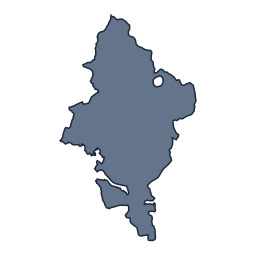 the district of Faradje, Orientale, Democratic Republic of the Congo
{"feature_id": "63176286B94121502354965", "entity_name": "Faradje", "entity_type": "district", "adm_level": 2, "iso_a3": "COD", "parent_name": "Democratic Republic of the Congo", "parent_adm1": "Orientale", "projection": "robinson", "projection_center": [29.876, 3.486], "detail": "fine", "context": "isolated", "style": "filled", "palette": "slate", "viewbox_px": 256, "rotation_deg": 0, "n_neighbors": 0, "source": "geoboundaries", "source_scale": "gbopen_adm2", "svg_char_len": 5768}
<svg xmlns="http://www.w3.org/2000/svg" viewBox="0 0 256 256"><path d="M191.6,114.4L194.3,110.7L194.2,108.9L194.7,107.3L194.8,106.4L194.1,104.7L195.9,101.1L195.0,93.1L193.2,85.3L190.0,82.7L187.0,83.6L184.0,85.4L181.9,84.9L181.1,84.0L179.4,79.9L177.8,79.9L176.5,80.5L173.8,76.9L170.8,74.7L169.0,73.9L167.2,72.2L164.1,71.8L163.5,70.4L161.3,69.2L160.6,69.3L159.9,69.7L157.1,72.4L155.6,72.9L154.3,72.8L154.2,71.5L154.8,68.6L153.7,67.3L153.0,61.8L151.1,60.0L151.2,56.8L151.8,52.2L150.6,50.4L149.1,50.5L146.1,49.8L143.9,49.1L142.2,47.8L138.3,46.4L136.2,44.1L135.3,39.7L133.8,37.6L132.8,36.9L129.7,36.2L128.6,34.7L128.3,31.7L129.6,29.0L129.7,25.3L127.5,23.5L126.3,21.9L122.6,19.3L120.7,19.0L117.0,19.8L115.3,18.4L114.8,17.5L113.3,16.6L112.4,16.8L111.7,16.3L111.1,15.4L110.5,19.3L110.3,20.2L109.1,22.1L108.0,24.9L106.9,26.3L106.0,28.6L103.7,31.1L102.9,31.3L102.6,31.7L101.2,31.7L100.0,32.3L98.6,33.4L97.9,34.5L97.2,37.2L97.6,38.1L97.9,40.5L97.0,43.1L96.0,43.8L96.0,44.1L96.5,45.4L96.5,45.8L96.1,46.2L95.3,48.4L95.7,50.8L95.8,54.4L95.5,55.5L94.8,56.4L94.6,58.9L94.4,59.7L94.0,60.1L93.6,60.1L93.2,59.9L92.8,60.1L91.7,61.5L89.9,62.8L89.5,62.8L89.1,62.3L88.2,62.7L87.3,62.6L85.6,63.7L83.0,64.6L83.1,65.7L83.6,66.6L88.9,68.5L91.2,69.7L92.5,71.4L93.0,75.4L90.4,81.4L90.7,82.0L91.5,82.4L91.7,83.3L92.0,83.6L92.8,83.5L93.3,84.0L92.9,85.6L93.0,86.0L93.6,86.3L94.0,87.3L95.0,88.4L95.1,89.3L96.1,89.3L97.6,89.6L97.8,89.9L97.8,90.8L98.0,91.2L98.4,91.4L98.7,92.1L96.6,93.1L91.5,96.9L89.6,101.2L88.6,103.1L83.9,104.3L82.7,102.9L82.4,101.9L78.5,103.5L73.8,105.9L70.0,107.2L69.2,107.2L69.1,108.4L69.4,109.5L69.9,110.2L71.8,111.2L72.1,111.6L72.4,112.5L73.0,112.6L73.7,113.3L73.9,115.2L73.3,116.2L73.4,117.0L73.1,117.7L73.3,118.2L72.5,119.3L71.7,121.4L70.8,124.6L70.6,126.3L69.2,128.0L68.3,128.3L66.6,127.6L65.7,127.7L65.1,128.4L63.3,133.5L62.6,137.1L62.0,138.5L60.1,140.8L60.7,141.4L61.4,141.5L62.1,141.3L62.6,141.5L63.2,142.2L65.5,144.0L66.1,143.9L67.1,143.1L67.9,143.1L68.4,142.5L68.8,142.3L71.3,143.3L72.4,144.5L74.0,144.8L78.7,144.7L79.1,145.0L79.1,145.8L79.6,146.1L80.8,146.1L81.7,145.6L81.9,145.2L81.7,144.4L81.9,144.0L82.2,144.1L82.5,145.1L82.9,145.1L83.2,144.6L83.7,144.7L84.4,145.5L84.8,146.7L85.1,147.2L85.2,148.8L85.0,149.1L84.7,150.1L84.9,150.6L85.6,150.8L87.0,153.6L87.5,154.0L88.5,154.1L89.3,153.3L89.9,153.3L90.5,154.2L90.9,154.1L91.3,154.4L91.4,154.9L91.2,155.6L91.5,155.8L92.4,155.0L93.1,155.1L93.1,154.6L93.3,154.0L93.8,153.9L94.1,154.2L94.5,155.1L94.8,155.4L95.3,155.4L95.5,155.0L94.9,154.2L94.9,153.8L95.4,153.4L95.2,153.0L94.3,152.9L93.4,152.1L94.6,150.6L95.6,150.5L95.8,150.2L95.7,149.7L95.9,149.3L97.2,149.5L97.3,149.1L96.9,148.4L97.1,148.1L97.9,148.1L99.5,149.6L100.3,151.1L100.1,152.2L99.6,152.4L99.3,153.0L99.5,153.5L100.4,154.1L100.5,154.7L101.3,154.9L101.7,155.6L102.2,155.8L102.7,156.4L102.5,157.2L104.0,157.1L104.2,157.3L104.2,157.9L103.7,159.0L104.0,159.8L103.2,161.1L102.9,162.4L101.3,163.9L100.3,162.7L98.8,161.5L97.2,160.7L96.6,162.2L96.9,163.4L97.5,164.3L97.1,165.1L96.6,165.5L96.3,166.1L95.7,166.6L95.2,168.2L94.6,168.8L97.2,171.8L99.2,170.2L101.6,170.1L103.8,171.2L105.5,174.5L108.5,177.4L109.7,179.1L111.1,180.5L112.9,182.3L115.3,183.5L116.7,183.9L119.3,184.6L126.5,186.0L126.8,186.6L127.4,188.5L128.6,192.0L128.7,193.2L128.4,193.9L128.1,194.2L126.9,194.7L126.4,193.0L126.0,192.4L125.3,192.3L124.9,191.8L124.4,191.8L123.7,190.6L122.9,190.9L121.8,190.7L120.7,189.4L120.5,188.5L120.3,188.2L119.0,188.1L118.3,187.5L117.8,187.4L117.3,187.8L117.1,187.7L116.2,186.8L115.6,186.9L114.7,186.6L113.5,186.1L112.8,186.2L111.4,185.6L109.8,184.0L107.0,180.4L105.6,180.2L105.0,179.7L104.4,179.7L104.0,180.4L103.4,180.4L103.0,180.1L102.4,180.0L102.0,179.7L101.7,179.6L101.5,179.8L100.0,179.8L98.1,179.2L97.0,179.2L97.1,179.9L96.8,180.3L96.7,180.8L95.9,180.6L95.8,181.3L96.1,181.8L96.6,182.3L96.7,183.2L97.5,183.5L98.8,185.2L99.2,185.4L99.5,186.1L100.4,186.9L100.8,188.0L100.9,189.6L101.6,191.0L101.2,192.1L101.4,194.1L102.0,196.8L102.7,198.1L102.6,198.7L102.3,199.2L102.9,200.6L103.3,201.0L104.4,203.0L105.3,205.7L106.6,207.8L107.1,208.0L108.7,208.1L109.2,208.7L111.7,207.2L112.9,207.2L119.9,205.2L127.7,205.4L128.5,206.2L128.7,207.3L128.7,210.6L127.4,212.8L126.0,214.2L125.4,215.7L126.5,217.5L130.1,218.2L130.3,221.9L130.9,222.7L131.7,223.7L137.0,227.7L138.2,233.7L139.0,235.4L141.0,236.0L147.9,234.9L148.2,236.2L148.0,236.8L148.0,238.2L148.4,240.2L152.3,240.6L154.9,239.6L155.5,238.1L155.0,230.0L153.6,226.1L152.4,225.0L151.7,221.5L152.4,217.7L151.5,215.9L149.7,215.0L148.4,213.4L148.7,212.1L149.7,211.5L151.9,211.2L154.6,211.7L155.5,210.6L155.0,208.1L155.2,204.1L154.2,203.0L153.9,203.0L153.6,203.3L153.4,204.8L150.3,203.9L149.1,203.9L147.8,204.3L146.2,203.8L145.3,203.8L144.6,204.4L144.3,203.4L144.5,202.2L144.9,201.4L146.3,200.4L148.1,200.3L150.4,200.8L152.8,200.6L154.7,198.3L151.3,195.3L150.9,193.2L149.9,190.1L149.8,188.8L149.5,188.4L148.7,188.1L148.0,187.3L147.4,185.5L150.7,182.0L157.8,177.7L159.5,175.3L160.7,173.0L162.9,169.7L164.2,168.2L168.8,164.0L170.8,161.5L171.6,160.0L171.2,159.4L170.9,157.7L169.8,155.3L169.7,154.4L170.1,153.1L170.2,152.2L169.8,151.0L169.1,150.6L169.7,149.2L170.6,148.4L171.1,148.3L172.6,144.1L172.7,141.1L172.4,137.8L173.6,138.6L175.7,139.3L176.2,139.7L176.8,139.0L177.4,137.6L178.0,137.2L178.5,136.1L178.6,134.6L177.2,133.8L176.3,132.9L175.5,131.6L174.4,129.1L173.2,126.0L173.4,125.4L173.4,124.5L172.8,122.0L173.0,121.2L173.4,120.5L174.2,120.2L175.1,120.1L176.2,120.4L177.0,120.5L178.1,119.8L179.5,118.5L181.7,118.6L182.2,118.9L186.3,116.4L191.6,114.4ZM156.0,77.5L156.4,76.9L157.6,76.7L159.3,75.9L160.5,76.0L161.4,76.5L162.2,77.4L162.7,78.5L163.1,79.9L163.2,81.4L162.3,84.3L161.2,85.5L160.1,86.1L156.7,86.9L155.6,86.5L153.9,85.0L153.1,82.5L153.4,79.6L154.6,78.2L156.0,77.5Z" fill="#64748b" stroke="#1e293b" stroke-width="1.5"/></svg>